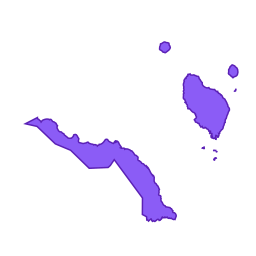 the district of Tawae/Siassi District, Morobe, Papua New Guinea, rotated 7°
{"feature_id": "67681753B89980721222980", "entity_name": "Tawae/Siassi District", "entity_type": "district", "adm_level": 2, "iso_a3": "PNG", "parent_name": "Papua New Guinea", "parent_adm1": "Morobe", "projection": "robinson", "projection_center": [147.705, -5.833], "detail": "fine", "context": "isolated", "style": "filled", "palette": "violet", "viewbox_px": 256, "rotation_deg": 7, "n_neighbors": 0, "source": "geoboundaries", "source_scale": "gbopen_adm2", "svg_char_len": 5965}
<svg xmlns="http://www.w3.org/2000/svg" viewBox="0 0 256 256"><g transform="rotate(7 128 128)"><path d="M185.8,213.1L186.6,209.5L186.3,208.4L185.5,207.2L184.3,206.4L183.0,206.4L182.5,205.6L182.7,204.7L181.9,204.1L181.0,202.8L180.2,202.7L179.4,201.9L175.0,201.6L174.5,200.8L172.9,200.2L172.3,199.7L170.9,197.5L169.9,196.7L169.3,194.9L169.5,194.1L169.0,193.5L169.0,192.0L168.5,191.2L167.0,191.0L166.5,190.2L166.7,188.1L166.3,186.5L166.7,185.1L166.5,184.8L166.0,184.3L165.7,183.5L164.7,181.9L163.9,181.4L162.6,179.8L161.6,179.4L161.2,178.9L160.4,177.5L160.0,173.7L159.2,172.3L158.6,171.9L159.0,172.9L157.1,171.0L155.9,169.5L154.1,166.7L153.7,166.5L153.4,165.7L152.7,164.9L151.6,164.0L151.7,164.3L152.3,164.9L152.2,165.2L151.2,164.3L151.0,163.7L149.3,163.2L147.9,161.8L145.8,161.3L145.2,160.4L144.6,159.9L143.9,159.7L143.5,159.2L142.3,159.0L141.6,158.2L141.5,157.2L141.7,156.5L141.3,155.5L139.4,154.2L138.0,153.9L136.5,152.0L134.5,150.2L133.6,150.3L132.8,149.6L130.2,148.9L128.2,149.0L127.4,149.5L127.2,148.8L126.5,148.5L123.9,148.9L123.0,148.6L123.7,148.1L123.7,147.8L121.4,145.2L120.2,143.2L118.8,142.3L118.1,142.3L118.0,142.7L118.3,143.2L117.0,144.0L116.8,143.8L116.8,143.3L117.7,142.3L117.2,142.2L116.4,143.1L115.5,145.1L115.0,145.1L111.1,143.8L110.2,143.2L109.1,141.9L107.9,141.8L107.0,142.2L105.6,144.8L104.3,146.4L102.6,147.6L101.4,147.7L101.3,148.4L100.5,148.8L99.8,149.6L99.6,149.0L98.6,148.7L98.1,148.8L97.7,148.5L97.1,148.5L96.0,149.0L95.2,148.4L93.6,148.4L91.2,147.9L90.4,147.1L90.0,146.9L89.1,147.2L88.5,147.8L85.3,148.9L81.1,148.4L80.3,147.1L80.5,144.9L80.4,144.4L79.4,143.4L78.8,142.3L77.5,141.0L76.4,140.8L75.1,141.3L74.8,141.9L74.8,142.9L73.1,145.0L70.8,145.4L69.8,145.3L68.8,144.5L67.6,143.9L67.1,143.4L65.8,142.8L64.9,141.4L63.6,141.2L62.5,140.1L60.5,140.0L59.3,139.1L57.7,136.8L57.4,135.4L57.8,134.4L56.9,133.6L56.7,133.1L56.2,132.7L56.1,132.2L53.9,131.0L52.3,130.7L51.6,129.8L50.5,128.9L49.5,128.9L49.1,129.4L47.8,128.9L45.8,129.1L44.1,129.7L42.3,130.7L41.6,131.6L41.0,132.7L40.3,131.7L39.2,131.1L38.4,130.3L37.1,129.8L36.9,129.6L36.8,128.7L25.6,136.3L37.5,137.5L57.8,152.6L73.8,157.1L94.4,172.7L113.1,169.6L115.0,167.4L118.2,161.1L150.9,195.7L152.8,212.1L157.2,213.8L157.9,217.1L158.8,216.9L159.7,217.9L161.8,215.5L162.1,215.5L162.2,215.9L162.5,216.1L163.0,217.1L163.7,217.7L164.7,217.0L165.8,217.5L166.2,217.4L166.8,216.6L167.3,216.4L167.5,216.0L168.4,215.1L169.0,215.2L169.3,215.0L169.8,215.3L170.2,216.0L171.2,215.6L171.9,214.4L172.3,214.3L172.5,213.1L172.9,212.2L173.3,212.3L173.7,212.9L175.0,212.4L175.5,212.6L175.6,212.0L176.0,212.2L176.8,212.0L177.2,212.2L177.8,211.7L178.5,212.5L179.4,212.7L180.0,212.3L180.8,212.7L182.0,212.3L182.9,212.9L184.5,213.3L185.3,213.0L185.8,213.1ZM184.0,67.8L183.0,66.7L182.3,67.3L181.1,67.3L180.9,67.5L181.0,69.0L180.7,69.4L180.3,69.3L179.5,70.6L179.7,71.4L179.5,71.7L179.0,71.5L178.8,71.6L178.8,72.0L178.1,72.9L177.8,74.3L178.2,75.0L177.9,75.5L177.9,76.5L177.6,77.6L177.9,79.3L178.4,80.4L178.4,81.9L178.8,82.9L178.9,83.7L178.5,84.3L178.5,85.0L179.3,86.4L179.3,86.8L178.8,87.4L179.1,88.8L179.2,91.2L179.5,92.1L180.0,92.5L180.8,92.6L181.2,93.7L181.7,94.3L181.8,94.9L181.4,95.6L181.7,95.8L182.1,95.2L182.4,95.3L183.0,97.0L184.1,97.9L184.2,98.5L184.1,99.2L184.9,100.3L185.0,101.5L186.1,101.6L186.6,101.3L187.0,101.6L189.4,103.7L190.9,104.6L191.6,104.6L192.6,105.3L192.9,106.0L193.2,105.9L193.4,106.1L193.7,107.6L194.5,108.3L194.6,108.9L194.3,110.0L193.5,110.7L192.8,111.8L193.8,112.7L193.9,113.3L194.1,113.7L194.7,114.0L195.5,114.0L197.0,114.9L197.6,114.8L198.0,114.9L198.5,116.2L199.7,117.4L200.0,118.1L200.8,117.9L201.4,117.4L202.0,118.6L203.3,118.9L204.2,118.5L204.4,118.0L204.8,118.1L205.2,118.5L205.8,118.6L206.4,119.3L207.7,119.6L208.7,121.3L209.4,121.0L210.3,121.2L210.0,122.1L211.1,123.3L211.9,123.3L212.1,125.0L213.4,127.8L214.4,128.0L215.0,127.5L215.4,127.4L215.9,127.9L216.6,127.7L216.6,126.9L216.1,125.9L216.0,125.1L216.2,124.6L217.5,125.1L218.2,126.2L218.7,126.0L218.9,125.5L218.8,124.8L219.2,124.0L219.0,123.0L218.7,122.4L219.2,122.5L219.7,122.1L219.5,120.8L220.6,119.3L221.0,118.3L221.5,118.1L222.2,117.1L222.4,116.0L222.4,114.7L222.8,114.0L223.0,112.9L223.1,111.2L223.8,110.7L223.6,110.1L223.6,107.6L224.3,106.7L224.7,103.8L225.4,101.7L225.6,100.2L226.5,97.9L226.3,96.6L225.9,95.8L224.4,94.3L224.4,93.6L224.0,92.6L223.4,91.9L223.1,91.1L221.8,89.2L221.1,88.4L220.8,87.7L218.3,86.3L217.8,85.0L216.5,83.7L215.9,83.9L215.2,82.9L214.6,82.6L213.8,82.6L213.2,81.8L212.9,81.8L212.5,80.7L211.8,81.1L211.4,80.9L210.1,80.1L209.3,79.2L207.9,79.4L204.9,79.3L204.1,78.9L203.3,78.0L202.5,78.4L201.0,78.6L198.9,77.9L197.5,77.0L196.5,75.9L196.1,73.8L195.2,73.2L193.4,70.9L192.7,70.5L192.2,69.0L191.5,68.2L189.5,68.2L189.0,67.7L187.8,67.7L187.0,67.2L185.7,67.6L184.0,67.8ZM226.3,65.2L227.1,64.2L228.7,63.5L229.7,62.5L230.1,61.5L230.3,59.2L229.7,56.7L228.8,55.2L227.0,54.1L226.4,53.4L224.2,52.7L223.6,52.7L221.8,54.9L221.7,55.8L220.8,57.9L221.1,60.1L221.0,61.5L221.5,62.3L222.8,63.0L224.0,64.0L224.8,64.2L225.3,64.9L225.8,65.3L226.3,65.2ZM155.3,38.5L154.1,38.1L153.1,38.4L150.9,40.2L150.2,40.4L150.0,40.6L150.0,42.2L149.6,43.6L149.7,45.9L150.2,46.5L151.9,47.1L153.6,48.5L154.6,48.4L155.6,48.8L156.2,48.5L159.0,45.8L159.8,44.5L160.2,43.2L159.6,41.5L158.8,40.8L158.3,38.9L157.2,38.5L155.3,38.5ZM217.8,149.3L218.0,147.9L219.3,147.2L219.2,147.0L218.4,146.9L217.5,147.6L217.0,148.8L217.5,149.4L217.8,149.3ZM206.2,139.0L205.9,137.7L205.6,137.8L205.1,138.4L204.4,138.5L204.2,138.9L206.0,139.2L206.2,139.0ZM212.2,127.4L212.5,126.7L211.6,124.8L211.3,125.1L211.5,126.7L211.7,127.1L212.2,127.4ZM230.2,78.1L230.4,77.1L230.4,76.5L230.2,76.5L230.0,77.6L229.3,78.4L229.5,78.5L230.2,78.1ZM210.2,123.3L210.1,123.0L209.7,122.7L209.6,123.2L209.9,123.5L210.2,123.3ZM219.1,140.7L218.8,140.4L218.3,140.3L218.4,140.7L218.9,140.9L219.1,140.7ZM216.8,128.5L216.8,128.0L216.2,128.2L216.3,128.5L216.8,128.5ZM216.6,139.9L216.9,139.6L215.9,139.6L215.8,139.8L215.9,140.0L216.6,139.9Z" fill="#8b5cf6" stroke="#5b21b6" stroke-width="1.5"/></g></svg>